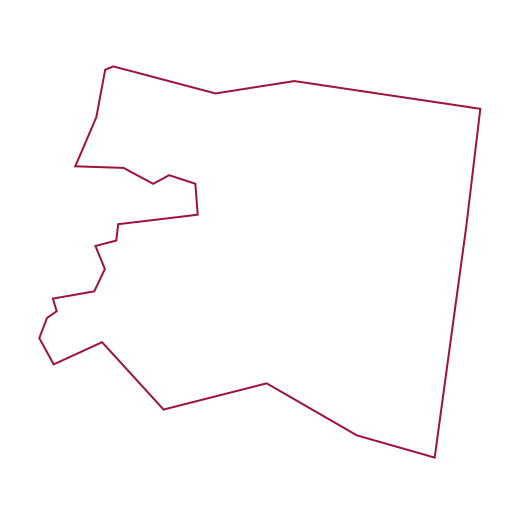 Lafon, Eastern Equatoria, South Sudan (Albers equal-area conic projection), rotated 97°
{"feature_id": "79223893B81439496011559", "entity_name": "Lafon", "entity_type": "district", "adm_level": 2, "iso_a3": "SSD", "parent_name": "South Sudan", "parent_adm1": "Eastern Equatoria", "projection": "albers", "projection_center": [32.675, 5.157], "detail": "fine", "context": "isolated", "style": "outline", "palette": "rose", "viewbox_px": 512, "rotation_deg": 97, "n_neighbors": 0, "source": "geoboundaries", "source_scale": "gbopen_adm2", "svg_char_len": 527}
<svg xmlns="http://www.w3.org/2000/svg" viewBox="0 0 512 512"><g transform="rotate(97 256 256)"><path d="M89.5,428.4L137.7,431.4L189.0,446.3L184.7,398.3L196.9,366.9L186.4,352.1L191.7,325.0L222.1,318.9L241.2,396.6L257.7,396.6L265.6,416.6L287.3,404.4L310.8,412.2L323.0,452.4L335.1,447.1L343.0,455.9L363.9,461.1L388.2,443.6L360.3,398.3L419.8,328.9L419.4,328.4L381.1,229.9L421.8,133.9L434.3,54.1L201.6,50.9L82.6,51.3L78.9,193.7L77.7,239.3L99.6,316.1L85.2,420.8L89.5,428.4Z" fill="none" stroke="#9f1239" stroke-width="2"/></g></svg>